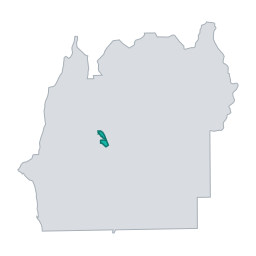 Um Bada, Khartoum, Sudan shown in context, rotated 179°
{"feature_id": "16777658B32712127220798", "entity_name": "Um Bada", "entity_type": "district", "adm_level": 2, "iso_a3": "SDN", "parent_name": "Sudan", "parent_adm1": "Khartoum", "projection": "natural_earth1", "projection_center": [32.183, 16.117], "detail": "fine", "context": "in_parent", "style": "filled", "palette": "teal", "viewbox_px": 256, "rotation_deg": 179, "n_neighbors": 0, "source": "geoboundaries", "source_scale": "gbopen_adm2", "svg_char_len": 4793}
<svg xmlns="http://www.w3.org/2000/svg" viewBox="0 0 256 256"><g transform="rotate(179 128 128)"><path d="M179.5,220.5L177.1,220.5L176.8,219.8L176.8,218.0L177.1,216.6L178.0,214.3L177.8,213.1L177.9,211.4L177.3,209.4L171.3,203.7L170.1,202.1L166.9,200.7L167.5,199.1L166.2,187.4L166.8,186.0L167.0,184.0L167.0,182.2L167.7,179.2L167.8,177.9L161.5,177.8L161.4,179.1L161.7,180.6L161.7,181.1L152.9,181.2L156.4,185.8L156.6,187.8L156.4,190.3L156.4,191.9L156.6,192.9L157.6,195.0L157.5,195.4L157.3,195.9L151.0,202.0L150.0,204.8L149.2,206.3L147.3,208.8L141.6,215.3L140.7,215.7L136.3,216.0L135.9,216.1L135.6,216.4L135.4,216.4L131.7,212.5L125.4,207.9L121.3,210.3L120.1,211.2L120.1,213.4L119.5,214.6L118.4,215.8L115.3,216.6L113.7,217.2L111.8,218.5L109.9,220.6L109.8,221.7L110.0,222.6L99.4,222.6L98.7,221.8L97.2,218.4L96.1,218.6L86.5,218.2L85.1,218.5L82.3,220.0L80.9,220.2L79.5,219.5L74.5,212.7L73.4,211.9L72.2,210.3L71.2,209.6L70.8,209.1L70.7,208.3L70.7,206.9L70.4,205.9L69.6,205.7L62.8,207.3L61.8,207.1L60.3,207.4L59.9,207.7L59.3,208.6L59.2,210.4L59.0,211.4L58.5,212.4L56.5,214.7L56.1,215.7L56.1,218.2L56.0,219.5L55.7,220.1L54.9,221.1L54.5,221.6L54.2,224.9L53.1,226.9L52.9,227.6L52.8,229.0L52.6,229.4L49.5,230.5L48.4,231.3L47.7,232.4L47.5,232.8L46.2,232.4L44.5,232.2L41.3,231.8L40.0,231.3L39.4,230.5L39.6,228.5L39.3,228.1L38.8,227.8L38.4,226.9L38.5,225.9L40.2,223.6L40.6,222.4L41.1,216.7L40.9,214.9L39.6,211.7L36.6,206.2L35.8,205.1L32.0,200.6L31.5,199.9L30.6,198.0L31.7,193.8L31.8,192.6L31.5,191.4L30.5,190.5L29.7,190.4L28.5,189.3L27.8,188.8L27.1,187.8L26.7,186.4L27.1,181.4L26.8,180.8L25.9,180.6L25.6,180.2L25.7,179.3L25.2,176.5L24.6,174.1L24.9,172.8L24.1,171.1L22.6,170.3L19.5,170.9L18.5,170.8L17.9,170.5L17.4,169.8L17.2,169.1L17.4,167.9L18.3,165.8L19.4,164.1L21.6,162.5L22.2,161.6L22.6,160.7L22.7,159.6L22.5,158.5L22.3,157.5L21.7,156.1L21.1,154.5L21.1,153.4L21.4,152.7L22.0,151.7L24.2,149.9L26.5,148.4L26.8,147.8L26.7,147.2L25.7,145.9L25.4,143.5L24.8,141.8L26.0,140.5L26.8,140.1L28.2,139.7L28.7,139.1L28.9,138.1L28.8,137.2L29.3,136.4L30.0,134.9L30.5,134.2L32.2,132.3L32.6,131.2L32.7,130.0L32.3,126.6L33.3,125.2L34.6,124.0L36.4,124.1L39.3,123.8L41.2,123.3L42.6,123.3L45.7,124.0L46.0,123.7L46.2,122.8L46.9,57.4L59.9,57.4L60.0,57.3L60.4,26.4L141.7,26.4L142.3,26.3L143.6,23.4L144.2,23.2L145.0,23.3L145.3,24.0L144.6,26.4L215.5,26.4L215.7,29.9L216.3,32.7L218.3,36.8L220.1,38.9L220.7,40.1L220.7,40.7L220.7,41.2L220.1,40.6L219.3,40.2L219.2,42.1L219.6,46.0L220.3,48.7L219.9,51.2L220.0,55.5L220.9,60.6L220.7,63.8L222.3,71.4L223.8,75.7L224.6,76.7L225.5,77.2L227.2,77.6L229.7,79.8L231.7,82.0L232.5,83.2L233.4,84.5L234.1,84.3L234.5,83.9L235.2,85.0L238.4,87.2L238.8,88.3L237.7,89.3L236.4,91.1L235.8,92.8L235.4,93.3L234.4,94.3L234.2,94.8L233.8,95.1L233.3,95.1L232.2,95.7L231.2,95.5L230.2,95.8L229.9,96.2L229.1,96.6L228.0,96.8L226.4,98.2L224.9,98.8L224.5,99.4L223.7,102.2L223.2,102.9L221.0,103.0L220.0,103.2L218.6,102.9L217.9,103.0L217.7,103.6L217.5,105.9L217.5,107.0L216.3,109.7L216.7,114.8L215.6,118.6L215.4,119.5L214.3,122.5L213.7,123.6L212.2,129.2L211.6,131.0L210.4,132.8L211.7,146.4L210.7,150.5L210.8,152.8L210.0,156.1L209.4,157.7L208.5,159.5L207.7,161.6L207.0,164.4L206.6,169.6L206.3,170.0L202.5,170.7L201.4,171.1L200.6,171.6L199.6,173.0L197.6,176.6L196.6,178.9L195.0,181.9L193.2,184.1L192.8,185.2L192.5,187.1L191.8,190.3L191.2,192.5L191.3,194.2L190.7,197.3L190.8,198.8L190.2,199.7L189.3,200.5L188.7,200.7L186.1,198.6L184.2,200.0L183.0,202.0L182.1,204.0L182.7,208.3L182.6,209.3L182.4,210.3L180.6,214.5L180.1,216.4L179.6,219.7L179.5,220.5Z" fill="#d9dde1" stroke="#a8b0b8" stroke-width="1"/><path d="M148.0,111.2L148.1,111.4L148.1,111.6L148.2,111.8L148.4,112.3L148.5,112.7L148.9,113.6L149.1,114.1L149.5,115.1L149.6,115.6L150.1,116.7L150.2,117.2L150.7,118.2L150.8,118.7L151.2,119.8L151.4,120.2L151.5,120.5L151.6,120.8L151.9,121.3L152.0,121.8L152.4,122.3L153.0,123.3L153.3,123.7L153.4,124.1L153.5,124.1L153.9,124.3L154.2,124.5L154.4,124.7L155.1,125.3L155.6,125.4L155.6,125.5L156.0,125.5L157.1,125.5L157.1,125.4L157.2,125.5L157.3,125.5L157.3,125.4L157.5,125.4L157.8,125.3L158.0,125.4L158.0,125.1L158.0,124.8L158.0,124.6L158.0,124.3L158.0,124.2L157.9,124.1L157.7,124.1L157.7,123.9L157.7,123.7L157.6,122.9L157.7,122.7L157.4,122.7L157.2,122.7L156.7,122.8L156.7,122.7L156.5,122.4L156.4,122.1L156.2,121.9L155.6,121.1L155.2,120.3L154.8,119.8L154.6,119.7L154.4,119.8L154.4,120.0L154.0,120.1L153.4,118.9L153.1,118.3L152.4,118.1L151.1,117.6L150.4,117.1L150.2,116.5L150.2,116.1L150.4,115.9L151.5,116.1L153.4,116.4L155.4,116.3L155.6,116.1L155.7,115.4L155.6,113.4L155.3,113.4L155.2,113.3L154.8,113.3L154.4,113.2L154.2,113.2L153.2,112.2L152.2,111.3L152.1,111.1L151.8,110.9L151.3,110.4L151.1,110.2L150.7,109.9L150.4,109.6L149.1,110.4L148.4,110.9L148.0,111.2L148.0,111.2Z" fill="#14b8a6" stroke="#0f766e" stroke-width="1.5"/></g></svg>